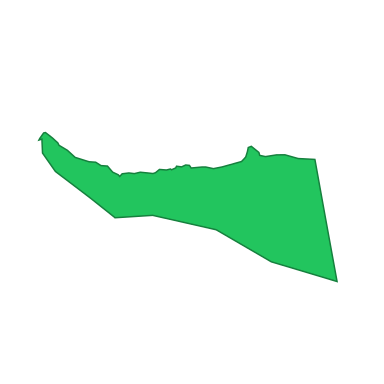 outline of Ti Delcer, Soufrière, Saint Lucia, rotated 282°
{"feature_id": "8701671B68975897642122", "entity_name": "Ti Delcer", "entity_type": "district", "adm_level": 2, "iso_a3": "LCA", "parent_name": "Saint Lucia", "parent_adm1": "Soufrière", "projection": "albers", "projection_center": [-61.052, 13.833], "detail": "fine", "context": "isolated", "style": "filled", "palette": "green", "viewbox_px": 384, "rotation_deg": 282, "n_neighbors": 0, "source": "geoboundaries", "source_scale": "gbopen_adm2", "svg_char_len": 1012}
<svg xmlns="http://www.w3.org/2000/svg" viewBox="0 0 384 384"><g transform="rotate(282 192 192)"><path d="M150.8,122.0L161.0,158.4L160.1,223.5L140.2,284.1L134.6,352.5L195.9,327.3L249.0,305.6L249.4,305.4L246.8,288.9L247.7,275.2L245.9,267.0L241.9,256.5L241.9,250.6L244.6,249.2L249.0,240.5L247.2,237.8L242.8,237.8L237.5,237.3L235.5,236.2L232.1,234.1L222.8,216.3L219.3,208.1L219.3,200.3L218.4,196.2L215.3,186.2L217.5,183.9L217.1,180.2L214.4,176.6L214.0,171.5L212.2,171.1L209.5,167.4L210.0,166.1L208.2,162.4L207.3,155.5L203.3,152.3L202.0,150.1L201.9,149.6L201.5,145.5L200.6,137.3L198.0,131.8L197.5,126.3L195.3,119.9L192.2,118.1L193.5,116.3L194.9,110.3L199.8,103.9L198.9,97.5L201.1,91.6L200.2,85.2L200.3,83.6L201.4,72.2L201.5,70.6L206.9,61.4L207.1,60.8L210.0,52.3L210.4,51.9L212.2,50.5L213.9,47.5L215.7,44.5L219.7,36.3L219.3,35.4L218.9,34.6L212.8,32.0L212.5,31.9L211.0,31.5L212.5,34.2L199.0,37.7L183.7,54.1L165.4,92.9L152.3,119.2L151.0,121.8L150.8,122.0Z" fill="#22c55e" stroke="#15803d" stroke-width="1.5"/></g></svg>